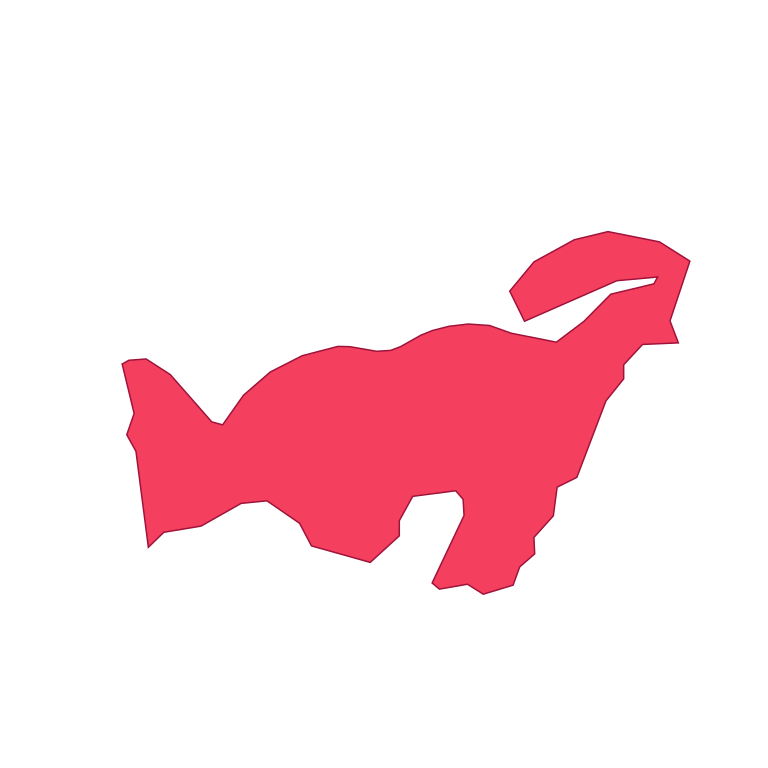 map outline of Larne (Natural Earth projection), rotated 298°
{"feature_id": "GBR-2095", "entity_name": "Larne", "entity_type": "District", "adm_level": 1, "iso_a3": "GBR", "parent_name": "United Kingdom", "parent_adm1": "", "projection": "natural_earth1", "projection_center": [-5.903, 54.904], "detail": "fine", "context": "isolated", "style": "filled", "palette": "rose", "viewbox_px": 768, "rotation_deg": 298, "n_neighbors": 0, "source": "natural_earth", "source_scale": "10m", "svg_char_len": 1011}
<svg xmlns="http://www.w3.org/2000/svg" viewBox="0 0 768 768"><g transform="rotate(298 384 384)"><path d="M278.7,143.4L285.2,147.6L294.4,162.2L292.0,190.8L269.7,249.7L272.2,260.7L308.1,265.2L341.3,278.0L370.6,298.5L395.6,325.7L401.0,336.5L409.4,362.1L416.8,374.1L424.8,381.1L444.2,393.5L454.0,401.7L465.3,414.1L476.5,430.2L485.2,449.7L488.6,472.6L501.8,516.5L533.1,531.1L569.8,542.1L599.2,575.3L606.9,575.3L584.5,541.1L505.4,478.6L525.0,451.4L562.3,459.1L600.7,484.3L623.7,510.2L638.8,560.4L636.1,596.4L574.0,606.9L558.5,624.6L540.3,593.7L513.5,586.6L501.1,593.2L473.3,587.9L392.1,598.1L374.2,585.3L347.1,595.4L318.9,588.4L304.8,596.8L286.2,589.7L267.0,592.4L245.0,570.3L246.4,551.7L228.9,529.2L230.9,519.9L305.5,516.4L319.3,508.0L323.4,497.4L298.3,462.1L270.5,461.7L257.1,468.8L220.0,455.6L207.0,396.0L221.4,374.8L225.9,335.5L211.5,313.9L172.7,289.2L149.7,259.2L129.2,252.6L208.1,196.6L218.4,180.7L240.7,177.2L276.5,145.4L278.6,143.5L278.7,143.4Z" fill="#f43f5e" stroke="#9f1239" stroke-width="1.5"/></g></svg>